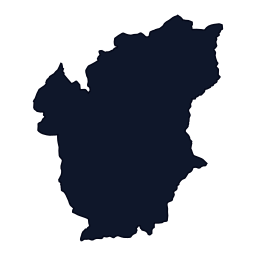 Na Mom, Songkhla, Thailand
{"feature_id": "78962969B5243255389589", "entity_name": "Na Mom", "entity_type": "district", "adm_level": 2, "iso_a3": "THA", "parent_name": "Thailand", "parent_adm1": "Songkhla", "projection": "orthographic", "projection_center": [100.569, 6.95], "detail": "fine", "context": "isolated", "style": "filled", "palette": "ink", "viewbox_px": 256, "rotation_deg": 0, "n_neighbors": 0, "source": "geoboundaries", "source_scale": "gbopen_adm2", "svg_char_len": 5700}
<svg xmlns="http://www.w3.org/2000/svg" viewBox="0 0 256 256"><path d="M222.0,24.9L219.7,24.1L218.8,24.0L214.1,24.6L211.4,25.2L208.6,26.3L206.6,27.8L205.0,29.8L204.1,30.2L201.4,29.8L196.4,29.5L192.3,29.6L192.1,29.4L191.9,29.0L191.7,27.5L191.3,26.1L192.2,24.6L192.1,22.2L190.1,21.3L188.4,20.7L185.4,20.5L183.6,20.1L183.0,20.3L181.8,18.7L180.5,17.3L178.9,16.3L177.7,15.4L176.7,16.1L174.4,16.9L172.9,17.7L169.3,20.4L166.5,22.0L164.6,23.6L163.5,25.5L162.8,26.3L160.0,28.5L158.6,29.0L157.1,29.3L156.5,29.6L155.6,29.8L154.3,30.5L152.8,30.9L150.4,32.0L150.0,32.8L149.3,36.0L148.7,36.7L147.9,37.0L146.7,37.1L145.5,36.8L143.2,34.6L141.3,33.3L140.7,33.1L139.9,33.3L138.1,34.3L137.1,34.5L134.0,34.7L130.9,35.4L128.7,35.1L127.3,34.8L126.1,34.4L123.5,33.3L122.4,33.4L118.4,35.8L114.9,38.4L114.4,41.8L114.6,44.1L115.2,45.5L116.8,46.1L117.5,46.5L117.0,47.6L116.7,47.8L115.5,47.9L113.9,49.0L113.5,49.7L112.8,50.3L111.5,50.7L109.9,51.6L108.5,52.0L106.3,52.1L105.4,52.5L103.3,51.6L102.9,51.2L102.4,51.2L101.9,50.7L101.6,50.8L100.2,50.8L99.4,51.1L99.2,51.5L99.2,52.0L99.7,53.2L100.0,54.2L100.4,54.9L98.5,56.8L97.6,58.7L97.6,58.9L98.2,59.9L98.3,60.5L97.6,61.1L94.5,63.0L91.0,64.9L89.2,65.7L88.6,66.1L88.0,66.8L86.6,69.2L86.0,70.3L86.0,72.0L87.0,76.1L87.8,77.6L88.1,78.7L88.4,81.4L88.3,82.4L87.8,84.3L87.8,85.4L88.3,86.4L89.2,86.7L89.7,87.2L90.2,89.1L90.2,90.2L90.0,91.1L88.7,92.4L88.3,93.0L87.7,92.2L86.9,91.5L86.3,90.5L85.2,89.7L84.3,89.6L80.9,89.8L80.4,89.7L80.0,88.9L79.9,88.1L79.6,84.9L76.6,81.4L76.1,81.3L75.6,81.5L74.1,82.6L71.9,83.6L71.5,83.6L71.1,83.4L67.5,79.3L63.7,74.7L63.6,74.3L63.9,73.6L63.8,73.0L63.5,72.5L62.7,71.9L62.5,71.5L62.6,70.8L63.3,68.8L62.5,68.4L62.0,65.2L61.6,63.7L60.9,63.4L59.3,67.1L57.9,69.9L55.8,71.8L54.2,73.8L49.8,76.6L49.3,77.8L48.4,78.5L47.9,79.2L47.3,79.5L47.1,80.2L46.6,80.7L46.5,81.3L46.0,82.6L46.5,83.3L45.8,84.4L44.7,85.7L39.2,89.5L37.2,93.5L35.3,98.6L34.2,100.1L33.6,101.3L34.1,102.1L34.2,102.8L33.9,107.6L34.5,109.1L35.9,110.1L37.1,111.2L40.7,111.9L42.5,111.7L43.7,112.4L44.0,112.9L43.6,114.7L43.7,115.2L44.5,115.7L45.0,116.8L44.9,117.3L43.0,119.0L41.7,121.7L40.8,122.3L39.0,123.1L38.2,123.9L38.3,126.4L38.0,130.2L38.9,131.3L40.9,132.7L42.9,133.6L46.7,134.6L49.5,135.0L55.6,134.8L57.8,134.5L57.8,137.4L58.0,140.7L58.4,143.0L59.3,147.2L59.1,150.7L59.4,155.4L59.8,156.6L62.3,159.5L62.5,160.2L62.4,161.4L61.2,166.0L61.2,168.3L61.9,170.4L61.8,173.0L61.2,175.4L60.4,176.8L59.7,178.4L59.0,179.4L58.9,179.7L59.2,181.4L59.4,181.7L60.4,182.1L60.8,182.6L61.1,183.3L60.9,184.1L60.9,184.9L61.4,185.5L61.3,187.0L61.5,188.3L61.6,190.2L62.0,190.6L64.0,191.7L65.2,193.2L66.2,194.9L68.8,200.7L69.5,203.0L70.3,204.8L71.2,205.8L73.8,208.1L73.8,208.6L73.1,209.7L72.9,210.3L72.7,211.7L72.8,212.2L75.0,213.1L77.6,214.5L79.3,215.2L85.3,217.3L87.2,218.1L88.1,218.6L88.7,219.5L89.0,223.1L89.7,225.3L89.6,226.2L89.3,226.7L87.9,227.7L87.1,228.9L86.8,229.2L85.7,229.2L85.4,229.3L84.4,230.6L83.3,231.5L82.9,232.1L82.1,233.8L81.8,235.1L80.9,238.0L80.7,239.3L80.9,240.1L81.1,240.5L81.5,240.6L82.0,240.5L83.7,239.4L84.5,239.0L86.2,239.1L88.8,238.9L89.7,239.1L91.2,239.7L91.9,239.8L93.0,239.7L94.6,238.8L96.2,238.3L97.2,238.2L101.4,238.4L102.5,237.8L103.2,236.4L103.5,236.2L106.1,236.7L107.1,236.7L109.4,236.1L110.0,236.0L113.0,237.4L113.5,237.5L114.0,237.4L115.1,236.5L116.2,235.9L117.7,235.5L118.5,235.6L121.6,236.7L123.9,237.2L127.8,237.3L130.1,237.1L130.9,236.6L131.5,235.5L132.8,234.4L133.5,233.9L134.9,233.3L135.8,232.8L136.1,232.3L136.2,231.4L136.7,230.7L136.8,230.2L136.1,228.0L137.5,226.9L137.7,226.1L139.2,225.6L139.6,225.6L140.0,225.8L140.7,228.2L141.4,228.7L142.1,229.9L144.7,230.6L145.7,231.0L147.3,232.3L147.8,233.0L148.1,233.9L148.4,234.3L149.2,234.7L149.7,234.7L150.1,234.6L151.7,233.3L151.7,230.5L152.2,228.8L152.7,228.2L153.9,227.5L154.1,227.2L154.0,224.6L154.2,223.7L154.5,223.2L155.0,222.9L158.6,222.9L162.0,222.5L163.4,221.6L164.3,221.3L166.3,221.1L166.9,220.8L167.1,220.4L167.6,215.6L167.3,212.0L167.4,208.6L166.8,204.8L167.0,203.3L167.4,202.6L168.3,201.8L171.4,200.6L172.2,199.9L172.5,198.1L173.6,196.1L174.1,194.7L173.4,191.8L173.5,191.6L176.1,189.8L176.6,189.2L176.9,188.2L176.9,185.5L178.3,184.8L178.7,184.5L178.8,183.1L179.6,181.8L180.6,180.5L182.2,179.1L184.4,178.2L185.0,177.8L186.4,175.7L187.7,173.5L188.4,172.7L190.1,172.0L191.2,171.1L192.1,169.8L192.6,168.1L193.2,167.5L194.1,167.2L195.6,167.1L196.6,167.2L198.3,167.9L199.2,167.9L199.9,167.7L201.2,166.5L202.1,166.1L203.2,165.7L205.0,165.6L205.5,165.5L205.9,165.1L206.3,164.1L206.8,163.5L202.9,159.7L201.6,158.9L199.5,158.0L194.3,156.0L193.3,155.3L192.4,153.3L191.4,150.3L190.6,148.5L191.3,144.6L191.6,143.5L191.5,142.9L191.2,142.3L191.6,141.4L189.7,139.4L189.4,137.4L188.4,135.4L185.1,131.9L185.0,131.6L185.2,131.0L185.0,130.3L185.5,129.3L187.3,127.3L188.0,126.2L188.0,125.0L188.5,123.9L188.3,122.6L188.8,121.2L188.9,118.4L189.3,116.9L189.8,116.0L190.0,115.3L189.9,114.6L188.4,111.1L188.4,110.0L188.8,108.9L190.6,106.7L190.7,106.1L190.3,103.8L191.7,101.1L192.0,99.9L192.0,99.0L195.1,98.8L195.8,97.1L197.7,96.3L199.0,95.0L199.5,94.9L200.9,94.9L201.5,94.6L204.1,91.9L204.4,91.3L204.8,89.3L207.0,88.8L209.9,87.4L210.4,87.1L210.6,86.3L211.1,85.9L212.4,85.6L213.0,85.3L214.0,83.5L215.3,82.9L216.4,82.2L216.8,81.5L216.9,80.1L218.5,78.9L219.9,77.1L219.9,76.7L218.9,75.8L218.1,74.7L218.3,69.9L218.2,69.1L216.0,66.7L216.1,66.0L217.6,63.7L217.7,63.1L216.7,61.8L215.5,58.3L214.9,55.4L215.4,52.9L215.3,52.3L214.9,51.4L213.8,50.1L213.7,49.7L214.0,49.0L215.5,47.5L216.5,46.0L216.6,45.5L216.2,44.4L215.7,42.1L215.8,41.2L216.6,39.2L216.5,38.8L216.0,37.8L216.0,37.6L216.3,37.2L219.1,35.1L219.1,34.8L218.6,33.2L219.6,32.4L220.0,31.8L220.9,29.7L222.2,29.2L222.4,28.8L222.1,25.5L222.0,24.9Z" fill="#0f172a" stroke="#020617" stroke-width="1.5"/></svg>